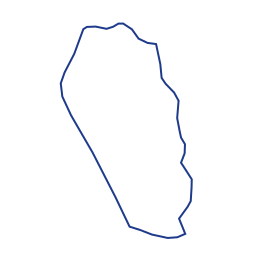 map outline of Wadi al Hayaa (Robinson projection), rotated 279°
{"feature_id": "LBY-5488", "entity_name": "Wadi al Hayaa", "entity_type": "Municipality", "adm_level": 1, "iso_a3": "LBY", "parent_name": "Libya", "parent_adm1": "", "projection": "robinson", "projection_center": [12.828, 26.42], "detail": "fine", "context": "isolated", "style": "outline", "palette": "blue", "viewbox_px": 256, "rotation_deg": 279, "n_neighbors": 0, "source": "natural_earth", "source_scale": "10m", "svg_char_len": 677}
<svg xmlns="http://www.w3.org/2000/svg" viewBox="0 0 256 256"><g transform="rotate(279 128 128)"><path d="M218.6,68.4L221.4,71.6L223.1,80.2L222.6,91.3L225.7,97.5L229.6,102.2L230.4,106.9L226.1,116.4L217.9,124.5L215.1,134.0L215.3,142.6L196.2,149.9L182.7,153.4L177.5,158.3L170.2,168.0L162.8,173.7L145.5,175.0L133.5,179.3L126.8,181.9L120.9,186.8L111.9,187.9L102.0,185.8L94.7,192.4L87.3,199.0L79.1,200.1L65.6,201.4L59.5,199.2L46.5,192.6L32.4,201.1L27.8,193.8L25.6,184.4L26.5,168.3L29.2,155.8L30.8,145.0L40.5,138.3L57.5,126.6L76.8,112.5L98.3,96.8L117.5,81.2L131.7,69.7L148.8,58.2L161.6,54.6L173.0,56.7L192.8,63.3L218.6,68.4Z" fill="none" stroke="#1e3a8a" stroke-width="2"/></g></svg>